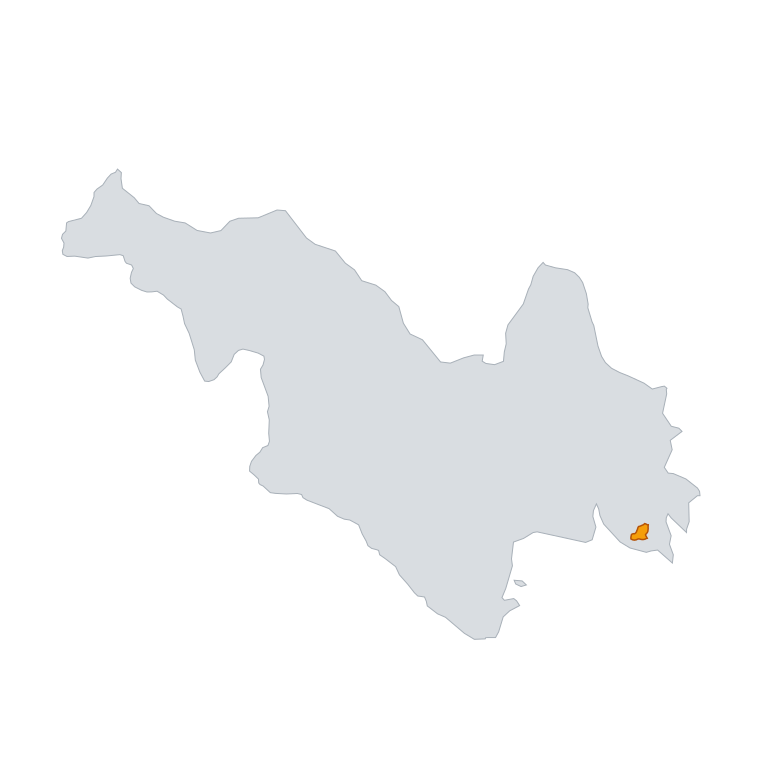 Songhwa, Hwanghae-namdo, North Korea shown in context, rotated 256°
{"feature_id": "82179303B30689671895320", "entity_name": "Songhwa", "entity_type": "district", "adm_level": 2, "iso_a3": "PRK", "parent_name": "North Korea", "parent_adm1": "Hwanghae-namdo", "projection": "robinson", "projection_center": [125.113, 38.357], "detail": "fine", "context": "in_parent", "style": "filled", "palette": "amber", "viewbox_px": 768, "rotation_deg": 256, "n_neighbors": 0, "source": "geoboundaries", "source_scale": "gbopen_adm2", "svg_char_len": 3906}
<svg xmlns="http://www.w3.org/2000/svg" viewBox="0 0 768 768"><g transform="rotate(256 384 384)"><path d="M463.5,567.8L460.4,569.4L455.3,578.4L450.5,589.8L445.8,595.9L440.3,599.3L434.4,601.3L422.7,602.2L412.1,601.4L408.7,600.2L394.1,600.9L390.0,601.7L369.1,600.8L358.1,601.8L351.2,604.0L344.2,608.6L338.1,615.5L332.8,622.9L321.9,636.5L314.2,643.1L314.3,652.6L314.1,655.5L311.4,657.5L310.5,656.6L306.0,655.9L288.2,647.2L273.5,652.5L269.8,659.4L265.9,661.7L260.1,648.1L250.5,647.7L235.3,635.8L228.8,638.2L227.1,643.0L218.8,654.0L207.2,663.0L203.5,664.2L199.2,663.6L199.8,661.1L195.0,650.9L176.6,646.8L170.0,642.5L166.7,641.6L184.7,630.2L189.4,628.2L185.9,625.5L182.0,624.3L167.3,625.9L159.5,622.2L148.3,623.4L140.5,620.5L156.7,609.3L157.4,602.8L157.2,597.8L165.4,583.0L173.6,574.9L194.9,563.3L204.1,561.7L210.8,562.1L216.3,561.1L210.5,556.6L204.9,554.6L193.9,555.0L182.5,548.3L181.5,541.3L203.5,496.8L203.8,492.8L200.4,482.0L199.3,471.4L183.5,465.4L176.5,464.6L156.2,452.7L148.2,446.8L145.0,448.5L144.4,458.0L141.5,460.2L136.2,462.0L133.5,451.1L129.2,443.3L115.8,435.3L111.0,430.9L113.3,421.4L112.2,420.5L114.4,409.9L122.6,401.7L142.8,387.2L148.0,380.4L158.2,372.3L162.8,372.5L167.5,371.8L169.0,368.3L170.1,365.5L174.1,363.0L184.0,358.6L195.1,352.8L204.0,351.1L214.9,342.4L219.3,338.5L223.8,338.5L225.0,336.8L227.5,332.2L231.0,329.3L235.8,328.7L243.7,326.6L253.5,325.3L260.3,317.9L262.5,312.7L266.9,306.9L276.3,300.6L282.8,291.3L289.9,281.2L293.3,277.9L296.7,277.3L298.7,273.5L300.9,262.7L304.1,252.3L306.1,247.4L314.3,242.0L316.4,239.4L318.3,238.5L322.1,239.2L327.2,236.0L332.0,232.5L336.5,233.8L341.0,236.7L345.7,242.5L347.9,247.1L351.6,250.9L352.4,256.5L356.1,259.0L364.0,260.2L376.9,264.0L385.3,264.2L390.1,267.1L400.1,268.6L420.0,266.4L428.2,267.7L431.7,271.2L436.8,274.0L440.1,274.2L444.4,269.4L449.0,261.6L452.0,255.6L451.8,250.9L449.0,245.8L442.4,241.1L438.0,233.8L433.8,226.2L431.3,223.8L429.3,220.1L428.8,214.5L430.2,210.7L440.1,208.2L452.8,206.7L463.1,208.2L480.3,207.2L490.8,205.1L498.6,205.4L505.8,205.3L508.9,202.1L518.8,194.3L523.6,191.6L528.9,186.3L529.6,180.8L530.6,176.3L533.5,171.5L538.6,165.6L543.1,162.9L548.0,163.3L553.4,166.0L556.7,168.7L560.5,167.9L563.5,163.3L565.6,162.4L571.6,162.0L573.4,159.1L575.4,145.5L577.5,134.8L577.8,127.2L582.9,114.8L584.4,107.3L587.5,103.8L591.2,104.1L594.3,106.3L598.2,107.6L603.4,106.3L607.0,108.3L609.4,112.3L617.1,115.0L617.9,117.1L618.0,130.6L622.3,136.9L628.1,142.7L635.9,147.9L640.0,149.0L642.6,152.7L645.1,159.2L650.7,165.4L653.7,170.0L654.4,174.7L657.0,177.4L652.7,180.3L646.9,178.5L637.2,177.5L625.2,186.7L618.4,190.0L613.8,199.1L604.4,204.5L599.2,210.3L592.6,220.3L588.4,230.0L578.2,239.8L572.5,252.2L572.3,262.9L579.2,273.8L580.0,283.0L575.7,302.1L578.7,322.3L576.0,330.3L544.4,344.1L536.2,351.0L524.8,369.0L510.6,375.7L501.9,383.0L489.6,387.4L481.9,400.0L473.4,407.2L463.2,411.5L455.5,417.1L438.3,417.5L426.2,421.4L417.6,432.0L391.7,444.2L388.2,453.4L390.1,467.6L390.3,478.4L388.1,487.3L382.4,484.8L379.3,487.8L376.0,496.0L377.1,505.4L386.0,508.5L393.4,512.3L403.8,514.3L411.4,518.6L427.9,538.5L441.2,547.2L444.7,550.4L452.4,554.8L459.5,561.6L463.5,567.8ZM159.5,470.4L154.6,473.5L154.3,468.0L158.1,463.4L162.1,462.8L159.5,470.4Z" fill="#d9dde1" stroke="#a8b0b8" stroke-width="1"/><path d="M183.4,606.3L183.4,605.9L184.3,604.8L184.9,604.2L185.5,603.1L184.9,602.2L184.6,601.1L184.4,599.6L184.1,598.2L184.1,596.8L184.1,596.5L183.5,595.9L182.7,595.3L181.5,594.7L180.7,593.9L180.1,593.6L179.0,592.7L178.4,591.9L178.1,591.0L178.4,589.8L178.4,588.4L177.9,587.6L176.7,587.0L175.3,586.4L173.9,586.1L172.7,587.5L171.9,589.3L171.8,591.3L172.1,592.1L172.1,593.6L171.8,594.4L170.9,596.1L170.7,596.7L170.4,597.6L170.3,599.0L170.3,599.9L170.6,601.0L170.6,602.1L171.5,601.9L172.6,601.6L173.5,601.3L174.6,601.3L175.2,602.2L176.0,603.3L176.9,604.2L178.3,604.8L180.0,605.4L181.2,605.6L183.4,606.3Z" fill="#f59e0b" stroke="#b45309" stroke-width="1.5"/></g></svg>